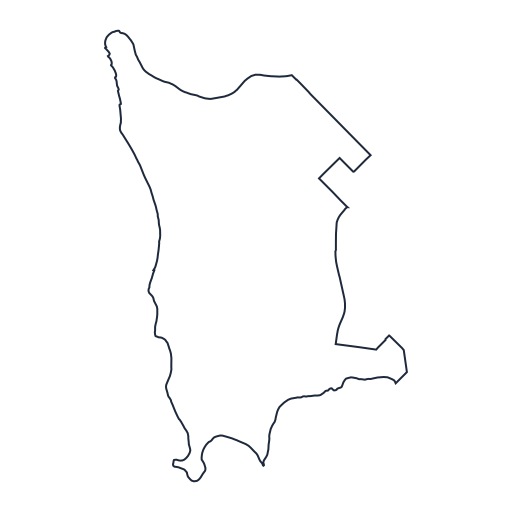 the district of South Perth, Western Australia, Australia
{"feature_id": "25037944B33468423524116", "entity_name": "South Perth", "entity_type": "district", "adm_level": 2, "iso_a3": "AUS", "parent_name": "Australia", "parent_adm1": "Western Australia", "projection": "albers", "projection_center": [115.863, -31.999], "detail": "fine", "context": "isolated", "style": "outline", "palette": "slate", "viewbox_px": 512, "rotation_deg": 0, "n_neighbors": 0, "source": "geoboundaries", "source_scale": "gbopen_adm2", "svg_char_len": 5984}
<svg xmlns="http://www.w3.org/2000/svg" viewBox="0 0 512 512"><path d="M401.9,347.9L389.9,336.1L389.1,335.5L385.5,339.1L385.4,340.2L385.2,340.3L378.0,347.5L376.2,349.6L359.4,347.2L335.7,344.1L337.0,334.7L337.8,330.3L338.5,327.7L339.4,325.1L340.3,322.9L342.8,317.2L344.1,313.4L344.6,311.3L345.0,307.9L345.0,305.4L345.0,303.5L344.6,299.7L344.2,297.6L339.6,276.9L339.0,274.9L336.9,265.8L336.1,261.7L335.7,257.8L335.5,255.6L335.4,251.3L335.9,250.1L335.9,242.0L336.0,233.6L336.7,222.5L337.6,219.8L338.8,217.2L340.3,214.9L343.4,211.2L344.5,210.0L344.6,209.6L345.0,209.1L347.0,207.2L347.5,207.2L346.5,206.3L340.1,199.9L332.6,192.0L319.0,178.4L323.8,173.5L339.6,158.0L353.1,171.6L353.7,171.7L354.2,171.4L366.2,159.3L370.6,155.2L370.1,154.7L312.2,95.9L310.8,94.5L308.4,91.7L300.1,83.1L296.6,79.6L296.3,79.7L291.8,75.2L287.0,76.1L283.6,76.4L282.8,76.4L279.5,76.6L270.5,76.2L264.0,75.5L260.3,74.8L255.5,74.7L251.3,76.0L247.6,78.5L244.8,80.8L236.9,89.9L235.8,90.7L234.9,91.6L233.8,92.4L232.2,93.4L231.0,94.0L227.7,95.5L226.4,95.8L225.2,96.3L224.0,96.6L211.0,98.9L209.5,98.9L205.5,98.4L204.5,98.2L199.5,96.6L198.9,96.4L197.5,95.6L195.9,95.2L190.6,94.1L186.0,92.4L185.1,92.2L183.0,91.3L180.6,90.0L179.2,89.0L177.1,87.4L175.4,86.1L172.3,84.2L171.6,84.0L168.8,82.7L164.7,81.8L162.5,81.0L159.7,79.7L158.1,79.0L155.7,78.0L152.8,76.3L151.6,75.5L149.1,74.1L145.7,71.6L144.1,70.0L142.9,68.4L139.6,62.0L138.2,59.7L137.0,56.8L135.8,54.7L134.7,50.5L133.6,45.3L133.3,44.2L133.1,43.8L130.7,40.0L130.3,39.6L128.1,36.8L126.5,35.1L124.6,33.8L122.5,33.1L121.7,33.1L120.9,32.9L120.2,32.5L119.9,32.2L119.1,30.9L118.9,30.8L118.1,30.7L115.7,31.1L114.8,31.6L114.5,31.6L114.1,31.8L112.7,32.1L111.5,32.7L108.9,34.7L107.1,36.7L106.5,37.6L105.8,39.4L105.4,40.4L105.1,42.3L105.1,44.1L105.5,45.6L105.9,46.7L106.2,47.1L105.1,47.8L105.1,48.1L106.4,49.3L108.7,51.9L109.7,53.5L109.6,54.1L109.4,54.7L108.5,55.7L107.9,56.1L108.1,56.6L109.4,57.7L110.5,59.2L111.5,61.4L111.7,62.4L111.7,63.4L111.7,64.1L111.5,64.4L111.2,64.7L111.0,65.2L111.1,65.4L111.4,65.8L112.3,66.6L113.2,67.9L114.7,70.5L115.5,72.5L115.9,73.6L116.2,75.2L116.1,76.2L116.0,76.7L115.8,76.8L115.6,76.9L115.2,77.2L115.0,77.7L115.0,77.9L116.2,80.0L116.4,80.6L116.6,81.5L116.9,84.3L117.0,85.1L117.4,86.5L118.0,87.4L118.7,89.3L118.6,89.8L118.0,90.7L117.9,90.9L118.0,91.2L119.1,95.9L119.9,98.6L120.6,101.9L120.9,103.8L120.8,104.1L120.0,104.4L119.8,104.5L119.6,104.7L119.5,105.5L120.2,109.9L121.0,118.9L120.9,120.5L120.9,121.3L120.8,122.2L120.9,122.5L120.8,123.1L120.4,124.2L119.9,126.9L119.9,129.1L120.1,130.4L121.2,132.6L122.5,134.3L128.7,144.2L132.1,150.0L134.7,154.8L136.4,158.5L137.0,159.5L138.2,162.1L139.1,163.6L139.6,164.5L140.3,166.0L143.8,174.9L145.1,177.8L149.5,186.7L150.6,189.4L151.6,193.1L152.6,196.1L153.6,199.9L155.4,205.1L155.9,206.8L156.6,210.0L157.7,213.9L157.8,216.4L158.7,220.1L158.9,223.6L159.1,225.1L159.8,228.1L160.1,230.1L160.2,236.0L159.9,238.7L159.1,241.5L159.2,243.0L159.0,245.7L158.6,249.7L157.9,254.7L157.6,257.5L157.1,260.4L156.7,262.0L155.5,266.3L154.9,267.8L153.4,270.2L154.3,270.4L153.1,273.5L151.7,278.4L150.5,281.6L149.7,284.2L149.4,286.1L149.4,287.4L148.7,288.9L148.5,290.5L148.7,291.7L149.2,292.9L152.4,296.3L153.2,297.7L153.7,299.6L154.1,301.1L156.8,306.4L157.3,308.8L157.3,314.1L157.1,316.6L156.4,321.4L155.9,323.0L155.4,325.3L155.1,326.9L155.1,330.5L154.9,331.9L154.8,332.3L155.1,334.6L155.5,336.0L156.0,336.3L157.6,336.8L158.2,337.2L159.2,337.4L160.0,337.4L161.7,337.7L164.1,339.0L164.9,339.6L165.6,340.3L166.2,341.3L167.5,342.9L168.4,345.6L168.8,346.9L169.3,348.6L170.0,350.3L170.9,353.6L171.4,358.2L171.3,366.5L171.4,369.5L170.8,372.8L169.9,376.1L168.3,379.8L166.4,384.4L166.1,385.6L166.0,387.0L166.3,388.9L167.4,392.6L168.1,395.7L168.8,397.0L169.8,398.3L170.9,400.2L171.2,401.7L172.9,405.5L173.8,407.9L175.5,412.0L177.5,416.3L178.9,419.0L179.6,419.6L181.1,421.8L183.3,425.7L184.6,428.2L186.5,430.9L187.7,433.1L188.3,436.1L188.3,438.3L188.8,442.8L188.8,444.1L190.1,448.8L190.3,450.5L189.9,452.1L189.6,453.0L188.0,455.9L186.5,457.7L184.4,459.6L182.2,460.5L180.4,460.6L178.8,460.4L176.4,459.7L174.9,459.8L174.0,460.0L173.6,461.0L173.5,462.1L173.0,464.4L173.2,465.4L173.6,466.1L174.6,466.7L175.8,466.8L178.5,467.3L183.7,469.3L184.5,469.7L186.9,472.5L187.1,473.8L187.8,476.3L188.5,477.4L190.3,479.4L191.6,480.6L193.9,481.3L195.6,481.1L196.8,480.9L197.9,480.3L199.2,479.2L200.6,477.5L202.0,475.2L202.9,473.7L205.0,470.9L205.4,469.6L205.4,467.8L204.7,465.4L204.0,463.4L202.8,461.3L201.7,459.7L201.6,457.8L201.9,454.7L202.4,452.3L203.4,449.5L204.5,447.4L206.0,445.0L207.4,443.4L208.8,442.0L210.4,441.3L211.5,440.4L212.8,438.7L214.0,437.5L215.7,436.7L218.2,436.0L220.2,435.5L222.5,435.6L227.8,437.1L232.1,438.4L234.0,439.2L237.0,440.3L238.2,440.9L245.8,444.1L248.6,445.8L250.8,447.8L254.6,451.8L256.4,453.5L257.7,455.5L259.5,459.7L260.4,461.3L262.3,463.5L262.9,465.2L263.4,465.7L263.9,465.3L263.8,464.1L263.5,463.4L263.3,462.3L263.9,460.4L266.2,456.9L267.3,454.7L267.8,452.1L268.4,449.2L268.6,444.8L269.2,440.6L269.4,438.4L269.2,436.9L269.4,434.5L270.7,429.0L272.2,425.7L273.5,423.5L274.6,422.0L275.4,419.7L275.9,416.9L277.2,411.8L278.1,409.5L279.5,407.0L281.0,405.5L284.2,402.5L288.1,399.8L291.0,398.6L296.4,397.7L297.4,397.4L299.1,397.5L301.0,397.4L303.1,396.4L303.7,396.3L304.4,396.3L305.8,396.5L306.5,396.5L308.5,396.1L310.6,396.1L314.8,395.5L317.9,395.5L319.5,395.3L320.5,395.0L323.6,392.9L325.5,391.0L326.4,390.7L327.5,390.7L328.2,390.4L328.8,389.6L329.9,388.7L331.1,388.3L331.6,388.3L332.1,388.7L332.4,389.1L333.7,390.3L334.3,390.4L334.9,390.3L335.5,390.2L336.5,389.8L337.2,388.8L338.2,388.3L340.8,387.5L341.5,387.0L341.9,386.4L343.4,382.3L344.5,380.5L345.4,379.3L346.0,378.7L346.4,378.5L350.6,377.4L351.9,377.4L355.9,378.1L357.1,378.4L358.0,378.8L359.2,379.2L360.4,379.1L363.0,379.4L365.0,379.7L365.8,379.4L368.1,378.9L370.5,379.0L377.5,377.5L383.7,377.0L387.6,377.3L392.3,379.3L394.0,380.3L394.6,381.0L394.9,381.5L395.7,383.3L406.9,372.1L403.9,351.0L403.7,350.0L401.9,347.9Z" fill="none" stroke="#1e293b" stroke-width="2"/></svg>